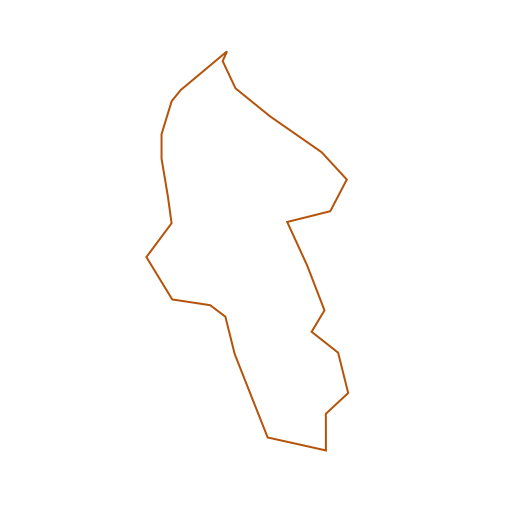 outline of Jung-gu, Daejeon, South Korea, rotated 346°
{"feature_id": "91817680B30301323398004", "entity_name": "Jung-gu", "entity_type": "district", "adm_level": 2, "iso_a3": "KOR", "parent_name": "South Korea", "parent_adm1": "Daejeon", "projection": "albers", "projection_center": [127.417, 36.272], "detail": "fine", "context": "isolated", "style": "outline", "palette": "amber", "viewbox_px": 512, "rotation_deg": 346, "n_neighbors": 0, "source": "geoboundaries", "source_scale": "gbopen_adm2", "svg_char_len": 507}
<svg xmlns="http://www.w3.org/2000/svg" viewBox="0 0 512 512"><g transform="rotate(346 256 256)"><path d="M277.4,50.4L227.1,74.8L223.4,76.5L211.6,85.4L193.8,115.0L187.9,138.7L184.9,177.2L182.0,203.8L149.4,230.5L164.2,277.9L199.7,292.7L211.6,307.5L211.6,346.0L223.4,434.9L276.8,461.6L285.6,426.0L312.3,411.2L312.3,369.7L291.6,343.0L309.3,325.3L303.4,277.9L294.5,230.5L338.9,230.5L362.6,203.8L344.8,171.2L303.4,123.9L276.7,88.4L270.8,58.8L277.4,50.4Z" fill="none" stroke="#b45309" stroke-width="2"/></g></svg>